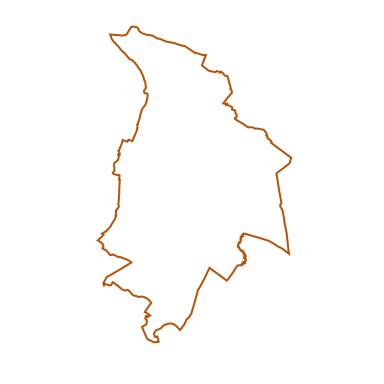 the district of Berchisesti, Suceava, Romania, rotated 9°
{"feature_id": "2599482B32520151641647", "entity_name": "Berchisesti", "entity_type": "district", "adm_level": 2, "iso_a3": "ROU", "parent_name": "Romania", "parent_adm1": "Suceava", "projection": "equal_earth", "projection_center": [26.04, 47.525], "detail": "fine", "context": "isolated", "style": "outline", "palette": "amber", "viewbox_px": 384, "rotation_deg": 9, "n_neighbors": 0, "source": "geoboundaries", "source_scale": "gbopen_adm2", "svg_char_len": 6008}
<svg xmlns="http://www.w3.org/2000/svg" viewBox="0 0 384 384"><g transform="rotate(9 192 192)"><path d="M211.5,303.5L213.3,287.9L215.4,282.6L216.9,278.0L217.9,275.6L218.7,272.1L219.0,271.9L219.9,268.3L221.2,264.2L240.3,274.1L242.2,270.8L245.2,264.7L246.6,261.2L248.3,257.8L249.1,257.2L249.8,257.0L251.4,256.8L251.6,256.6L251.9,256.7L252.7,256.4L252.4,256.1L252.3,255.7L252.6,255.3L253.4,255.2L253.5,255.0L253.5,254.8L252.9,254.5L253.0,254.3L253.4,254.2L253.2,253.8L253.1,253.6L253.4,253.4L253.7,253.7L254.3,253.5L254.8,254.0L254.8,254.3L255.3,254.4L255.6,254.2L255.7,253.9L255.6,253.2L254.8,252.6L255.0,252.3L254.9,252.1L255.4,251.9L255.5,251.7L256.1,250.9L256.1,250.6L255.9,250.5L255.6,250.6L255.4,250.5L255.3,250.2L255.3,249.9L255.1,249.4L254.8,249.6L253.8,249.2L254.0,249.0L253.9,248.7L254.0,248.5L254.2,248.4L254.8,248.5L255.0,248.3L255.0,248.0L254.2,247.8L253.8,247.4L254.7,247.3L255.1,246.9L255.0,246.7L254.6,246.6L254.5,246.4L254.4,245.9L254.3,245.7L254.0,245.8L253.7,245.0L252.4,244.8L252.3,244.5L252.4,244.3L252.8,244.3L252.9,244.2L252.9,243.6L252.3,243.6L251.5,243.2L251.4,242.2L251.0,242.0L250.5,242.6L249.3,242.3L249.2,242.2L249.2,241.7L249.1,241.4L248.7,241.4L247.8,240.9L247.9,240.4L247.8,240.1L247.6,240.0L247.5,239.7L247.2,239.4L247.1,239.1L246.7,239.0L246.4,239.2L246.1,239.2L246.0,238.7L246.1,238.1L245.6,237.5L245.8,236.9L246.2,236.6L246.2,236.1L246.0,234.9L246.2,234.7L247.0,234.8L247.5,234.6L247.6,234.4L247.6,233.9L247.2,233.4L247.6,232.8L247.5,232.5L247.6,232.2L248.0,231.9L248.0,231.5L247.8,231.0L247.0,230.6L247.0,230.4L247.8,230.0L247.9,229.6L247.8,229.0L247.3,228.4L248.0,228.1L248.4,228.2L248.8,228.1L249.0,227.9L248.4,227.5L248.3,227.2L248.3,226.7L248.7,226.6L248.7,226.4L248.4,226.2L248.4,225.9L248.9,225.7L249.3,225.8L249.2,225.4L249.4,225.1L250.1,224.9L265.8,226.8L273.0,227.9L275.0,228.1L280.5,230.1L285.3,232.3L288.8,233.3L291.1,234.3L297.5,237.9L296.4,234.6L295.1,229.8L294.3,226.5L291.4,216.4L288.1,207.4L287.1,203.9L286.3,201.8L285.2,198.3L283.8,195.3L283.1,194.2L282.1,193.4L281.6,192.8L281.4,192.3L281.5,191.8L281.1,190.7L281.8,190.1L282.0,189.5L281.9,188.5L278.9,179.9L278.7,179.6L278.2,178.0L275.2,168.7L272.5,160.7L272.9,159.9L283.5,148.9L284.0,148.0L284.2,147.2L284.3,145.2L284.7,142.7L262.5,131.1L262.9,130.1L262.0,129.5L262.0,129.1L258.0,126.8L257.9,125.4L256.6,124.6L257.2,123.8L256.2,122.3L255.1,121.0L254.6,120.8L253.8,120.0L253.4,119.5L253.1,119.3L249.8,119.2L248.8,119.0L246.1,119.2L244.7,119.5L241.6,118.7L240.5,118.9L239.4,118.8L238.3,119.3L237.1,119.3L233.0,117.2L224.7,113.9L222.8,112.9L222.7,112.7L222.8,112.3L223.9,111.4L224.5,110.4L224.1,109.2L222.7,107.2L221.7,104.5L220.6,104.6L218.7,104.3L218.6,102.8L218.2,101.8L214.9,100.7L214.2,100.7L212.3,100.8L212.5,100.3L213.3,100.3L213.0,99.2L210.6,99.8L209.0,99.6L211.9,94.2L216.0,87.5L214.7,84.6L213.9,84.5L213.7,84.3L213.8,84.1L214.0,84.0L213.8,82.7L209.2,72.7L208.7,72.0L208.4,71.7L207.6,72.0L206.5,72.0L205.4,71.3L203.7,69.5L201.8,68.6L201.2,69.8L200.5,69.1L197.6,68.7L196.4,69.9L193.1,69.9L189.3,69.5L182.0,65.4L184.3,54.5L182.6,54.9L180.4,54.9L176.9,54.3L173.4,54.2L162.1,49.0L157.0,48.8L150.8,47.6L143.2,47.5L136.6,45.8L133.5,45.7L128.2,43.7L123.1,43.9L117.9,43.0L115.0,41.6L112.4,38.0L108.5,37.7L106.1,38.5L102.6,46.9L98.8,48.4L92.1,48.8L86.5,49.3L87.2,50.3L87.7,51.5L88.6,53.1L89.7,54.4L91.7,56.1L95.4,58.9L98.0,61.1L99.8,62.9L101.4,64.1L102.7,64.7L104.0,65.6L109.0,70.1L109.8,70.6L111.3,70.8L113.0,71.5L115.0,73.0L118.2,75.9L120.1,78.1L122.3,80.2L126.2,86.1L127.3,88.9L128.7,91.1L129.9,95.3L130.4,96.5L128.7,99.3L129.2,100.9L129.6,101.6L130.7,101.8L132.5,101.8L133.0,102.6L133.1,105.8L133.3,106.7L132.9,107.8L133.1,109.3L132.2,113.5L132.0,114.0L130.2,116.8L129.6,118.7L129.0,123.0L128.6,128.9L127.9,131.2L128.1,132.6L127.9,133.4L127.6,134.0L127.2,134.2L127.9,135.7L128.0,137.5L127.8,140.2L125.2,151.0L121.1,150.3L120.3,152.4L115.5,151.5L115.4,153.1L115.1,154.2L114.9,155.9L114.1,159.3L113.8,160.2L113.4,162.6L112.9,162.8L114.6,165.3L114.7,166.6L113.3,166.5L114.0,168.0L114.1,168.4L114.2,169.6L113.8,172.0L113.0,173.2L110.9,175.4L110.7,175.9L110.7,177.0L112.0,182.5L110.8,185.9L111.6,186.4L114.0,186.8L116.5,186.8L117.7,186.7L117.9,187.0L118.0,191.2L118.8,191.3L119.2,195.9L120.1,203.6L120.3,203.9L120.4,204.7L120.5,207.9L121.0,211.5L121.1,215.3L121.4,216.3L121.8,217.1L121.9,217.5L121.9,218.2L121.7,219.1L120.9,220.1L120.4,221.5L119.7,222.2L119.7,222.7L120.4,224.8L120.6,225.9L120.1,227.4L120.7,227.6L120.4,229.9L117.5,236.9L117.1,237.5L117.0,238.7L114.2,243.1L112.9,244.6L111.8,245.4L109.7,247.2L111.3,247.9L110.1,250.0L107.6,253.0L106.5,254.6L107.4,254.8L110.3,256.2L111.2,256.7L112.4,258.1L113.2,260.0L112.5,260.8L112.4,261.8L116.7,263.3L118.9,265.0L120.6,266.8L121.3,267.1L122.4,267.0L122.7,266.7L122.9,266.2L123.8,266.2L126.7,266.8L128.6,267.6L129.6,267.7L131.5,267.5L132.5,267.7L137.4,268.7L140.6,269.6L141.9,270.3L143.2,271.1L130.9,281.5L121.9,288.8L121.5,288.8L120.9,289.9L119.5,293.8L118.8,295.5L118.7,296.1L119.0,296.8L119.7,298.0L120.3,296.4L125.4,297.1L126.3,297.0L126.9,296.2L127.7,293.5L128.6,293.6L132.4,295.8L133.4,296.0L135.7,297.7L138.4,299.2L140.0,299.6L140.9,299.7L142.2,299.5L143.8,298.7L144.2,298.8L147.4,301.1L148.4,302.1L149.7,303.0L150.2,303.2L151.6,303.5L153.0,303.4L155.6,304.0L158.4,303.2L161.0,303.1L164.6,304.4L167.2,306.0L168.1,306.8L168.4,307.5L169.1,308.0L166.2,313.6L164.2,318.0L166.2,318.6L169.9,320.4L167.9,322.5L166.5,321.4L165.6,322.2L165.8,323.4L165.7,324.3L165.8,324.5L166.8,325.3L167.5,326.0L167.7,328.3L167.6,329.7L167.3,330.3L164.8,332.1L163.8,333.2L168.0,339.9L170.2,343.2L171.3,344.4L177.6,346.3L178.7,346.3L182.5,345.1L180.3,340.1L179.4,340.7L178.1,340.7L176.6,338.2L176.9,337.0L177.6,335.3L178.1,334.3L178.5,334.0L181.2,332.5L182.3,331.6L183.2,330.7L184.1,329.0L185.5,327.7L187.6,326.5L189.2,325.8L191.9,325.1L193.1,325.2L195.3,325.7L196.2,326.1L198.6,327.7L201.7,330.2L204.6,325.1L205.7,322.0L206.5,318.8L207.2,317.9L207.9,317.3L208.5,316.4L209.5,314.7L209.6,313.7L210.3,312.5L211.5,303.5Z" fill="none" stroke="#b45309" stroke-width="2"/></g></svg>